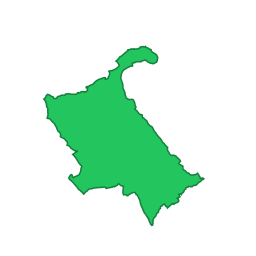 Chocontá, Cundinamarca, Colombia, rotated 291°
{"feature_id": "7082276B4059288280821", "entity_name": "Chocontá", "entity_type": "district", "adm_level": 2, "iso_a3": "COL", "parent_name": "Colombia", "parent_adm1": "Cundinamarca", "projection": "mercator", "projection_center": [-73.685, 5.113], "detail": "fine", "context": "isolated", "style": "filled", "palette": "green", "viewbox_px": 256, "rotation_deg": 291, "n_neighbors": 0, "source": "geoboundaries", "source_scale": "gbopen_adm2", "svg_char_len": 5759}
<svg xmlns="http://www.w3.org/2000/svg" viewBox="0 0 256 256"><g transform="rotate(291 128 128)"><path d="M109.6,48.9L108.6,48.8L108.1,49.1L108.1,50.0L108.5,50.9L108.5,51.9L106.3,55.9L105.9,57.6L104.4,59.1L103.3,60.6L100.6,63.1L100.0,64.0L99.6,64.2L99.7,65.2L98.7,66.7L97.6,67.5L97.1,67.8L96.7,67.7L96.5,67.9L95.9,67.8L95.6,68.2L95.2,71.4L95.3,72.0L94.6,73.6L93.9,74.6L93.0,76.5L91.7,77.1L90.0,77.3L90.2,78.6L89.9,80.1L88.7,81.8L88.6,82.7L88.2,83.7L87.8,86.1L87.8,86.7L88.2,87.4L88.0,88.0L88.3,88.7L88.1,89.1L87.2,88.5L86.7,87.7L85.4,87.3L83.5,85.8L82.8,87.6L81.2,90.2L77.4,95.2L77.0,96.2L76.6,96.5L76.2,97.8L75.6,98.6L75.3,98.7L73.6,98.6L70.4,99.4L67.0,99.1L66.2,98.7L63.1,95.5L62.0,94.9L63.1,93.1L63.8,92.9L64.0,92.7L64.2,92.0L64.1,91.6L63.3,91.1L60.4,90.6L60.0,90.7L59.2,91.5L58.2,94.5L57.1,96.8L54.4,101.8L53.1,103.7L52.7,105.2L51.5,108.3L50.4,110.2L50.4,110.5L52.4,111.0L54.7,112.5L56.4,113.1L56.9,113.4L58.5,116.2L59.9,117.9L60.5,119.3L61.1,119.9L61.2,120.8L62.3,122.6L62.5,123.5L63.5,125.5L64.2,126.5L64.6,128.0L63.8,129.2L63.8,129.5L64.7,130.6L67.2,134.6L67.4,134.9L68.0,135.1L68.2,135.4L68.2,136.3L71.0,138.7L72.2,138.9L72.7,139.3L71.7,142.0L71.7,143.1L72.0,144.5L65.8,146.4L64.0,147.8L64.9,149.6L64.9,150.2L64.5,151.5L64.7,152.2L65.7,152.4L66.5,153.0L69.5,155.8L70.3,157.3L70.2,157.9L68.7,159.6L68.6,160.8L66.9,162.7L64.4,165.3L61.9,166.7L59.6,168.7L58.8,169.6L56.3,171.9L55.8,172.6L54.4,173.9L54.0,175.2L52.4,177.0L52.3,177.8L51.4,178.3L51.0,178.8L50.9,179.6L49.8,180.1L49.0,181.2L47.9,181.8L47.0,183.1L46.6,183.3L46.1,184.0L45.6,185.0L46.1,185.7L46.9,185.5L47.4,185.7L49.2,184.9L50.2,184.8L50.7,184.3L52.3,184.4L53.1,184.3L53.9,184.9L54.7,184.9L55.3,185.4L56.3,185.5L57.3,185.4L59.0,185.7L59.5,186.2L60.6,186.6L61.3,186.4L61.5,186.2L62.1,186.0L62.7,186.1L63.0,186.5L63.9,186.6L64.5,187.1L65.8,186.5L66.6,186.6L67.1,187.3L67.7,187.9L69.2,188.1L70.1,189.0L70.0,189.6L69.4,189.9L69.0,190.9L68.5,191.4L68.4,191.8L68.6,192.2L68.1,192.7L67.9,193.3L67.5,193.5L73.6,196.6L73.5,197.1L73.0,197.5L73.0,197.9L73.4,198.3L74.8,199.1L75.3,199.5L75.6,200.2L76.5,201.0L77.6,201.6L78.2,201.5L78.9,201.1L79.4,200.6L80.0,200.2L80.1,199.1L82.4,201.2L83.5,200.2L83.9,199.2L84.3,199.2L84.4,199.8L85.3,200.7L85.0,201.8L86.6,201.8L87.6,202.7L88.7,203.0L89.0,202.7L90.5,202.9L91.4,203.6L91.4,203.9L91.1,204.0L92.6,203.6L93.3,203.6L94.0,204.3L94.4,205.4L95.2,205.6L95.4,206.0L95.6,206.8L95.5,207.4L96.0,207.9L96.0,208.7L96.2,209.0L96.8,209.1L98.2,210.1L98.3,211.1L98.9,211.4L99.1,212.0L99.4,212.3L102.0,213.3L104.4,215.0L106.5,215.9L107.4,217.0L107.8,217.0L107.9,216.8L108.1,215.6L106.9,214.0L106.8,213.7L108.4,212.3L108.6,211.6L109.9,210.6L110.2,209.7L110.7,209.2L108.7,207.8L108.5,207.5L108.2,206.7L107.5,205.8L106.6,203.1L106.8,202.4L107.6,201.1L107.4,199.7L107.5,198.9L108.5,197.2L108.9,195.0L109.3,194.1L110.3,193.5L112.0,193.0L112.2,192.1L112.5,189.1L113.3,187.9L114.0,188.1L115.1,188.7L115.9,188.9L116.8,187.7L117.9,185.1L118.2,183.8L119.1,182.7L118.8,181.3L119.1,180.3L118.7,179.5L118.1,179.0L117.9,178.5L118.2,176.9L119.4,175.4L120.1,174.7L120.7,173.7L121.3,173.0L122.8,172.2L124.2,171.9L124.3,171.2L125.5,168.7L126.4,167.4L127.1,165.3L128.8,163.4L129.7,162.0L131.3,158.6L133.9,154.8L134.4,153.7L137.2,150.7L137.6,150.1L137.9,149.5L137.8,148.1L139.2,145.2L141.5,142.9L142.1,140.6L142.9,139.1L142.9,138.0L143.1,137.7L143.4,137.4L145.0,136.8L145.4,136.3L145.0,134.7L145.3,133.2L147.4,129.9L147.9,127.8L148.2,127.5L149.5,128.0L150.5,127.9L151.5,126.7L154.1,125.1L156.1,123.1L156.3,122.5L156.2,121.5L154.9,118.7L155.2,116.4L155.6,115.4L157.2,114.2L158.3,113.2L159.5,112.8L161.7,110.8L163.2,109.1L166.7,107.6L171.8,103.4L176.4,102.5L178.6,102.5L179.2,102.7L181.4,103.7L184.8,106.4L185.4,107.2L186.9,108.4L187.1,108.8L187.1,109.6L187.4,110.0L188.0,110.0L189.7,108.8L190.3,109.4L190.9,109.5L191.3,110.9L192.6,111.6L193.0,112.8L193.7,114.0L194.3,116.1L194.4,116.4L195.8,117.2L196.6,118.5L197.5,119.4L197.6,119.8L197.5,120.8L197.2,121.3L196.8,122.8L196.6,124.3L196.6,125.8L197.1,128.8L198.0,129.3L199.2,130.7L199.7,131.0L200.8,131.2L204.2,130.6L205.2,129.9L206.3,128.6L206.7,127.9L207.2,125.9L207.4,123.9L207.7,123.1L208.7,121.7L209.5,121.4L209.2,120.4L209.8,118.4L209.7,116.6L209.9,115.9L210.4,115.0L209.6,114.7L209.5,113.0L209.3,112.6L208.6,112.0L208.5,111.0L207.9,110.4L207.0,110.5L206.7,109.9L205.6,109.2L205.3,108.6L204.9,108.4L204.8,107.5L204.1,106.3L204.2,105.8L203.8,105.7L203.8,104.9L203.6,104.3L203.2,104.2L203.2,103.4L202.9,102.9L202.9,102.4L201.6,101.4L201.0,99.9L200.1,100.1L199.9,100.0L198.6,99.1L197.6,98.9L197.0,98.2L195.3,97.5L194.2,96.7L193.4,96.5L191.2,94.7L190.5,94.6L188.7,94.1L186.1,92.8L185.7,94.5L183.4,97.4L182.3,97.2L180.9,96.7L179.4,95.8L178.0,94.8L176.3,92.9L175.7,92.5L175.2,91.0L174.5,90.1L174.1,89.8L173.3,90.7L172.5,91.2L171.4,91.6L170.6,91.7L167.3,91.4L166.0,90.5L165.4,89.4L165.7,89.0L166.8,88.8L166.9,88.6L165.7,86.5L164.5,85.5L163.2,83.6L161.0,81.7L158.1,80.2L156.9,79.9L156.2,79.5L154.6,77.7L152.2,75.7L151.8,74.5L151.0,74.3L150.7,74.5L151.3,75.2L151.0,76.0L150.1,75.8L149.5,76.3L148.6,76.8L148.1,76.4L147.1,75.9L146.8,76.0L145.9,74.9L145.9,74.7L146.3,74.4L146.3,74.1L145.8,73.7L145.9,73.1L145.7,72.4L145.1,71.3L144.6,70.9L143.8,70.7L143.2,70.0L143.2,69.8L143.5,69.5L143.5,69.2L143.1,68.8L142.9,68.4L142.5,68.2L141.7,68.2L141.5,67.9L141.1,67.8L139.3,63.4L138.8,60.5L138.3,59.3L137.6,58.6L137.3,57.4L136.3,57.4L135.7,56.8L135.6,56.2L135.1,55.2L135.1,54.8L134.8,54.1L133.0,52.5L132.5,51.4L131.1,50.7L130.0,50.6L129.6,49.8L128.9,48.2L130.1,47.1L130.3,46.5L130.1,46.2L130.1,45.4L130.6,43.6L130.7,41.5L130.5,40.7L128.5,40.0L127.1,40.2L126.4,39.9L124.9,39.0L124.1,40.2L124.0,41.2L122.6,41.8L121.2,43.4L120.7,43.4L119.7,43.9L118.5,44.7L117.3,46.3L114.3,47.3L112.0,48.5L109.6,48.9Z" fill="#22c55e" stroke="#15803d" stroke-width="1.5"/></g></svg>